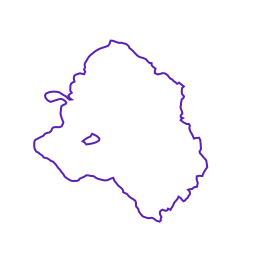 São Pedro, São Paulo, Brazil (Equal Earth projection), rotated 118°
{"feature_id": "56859067B92342364496161", "entity_name": "São Pedro", "entity_type": "district", "adm_level": 2, "iso_a3": "BRA", "parent_name": "Brazil", "parent_adm1": "São Paulo", "projection": "equal_earth", "projection_center": [-47.917, -22.558], "detail": "fine", "context": "isolated", "style": "outline", "palette": "violet", "viewbox_px": 256, "rotation_deg": 118, "n_neighbors": 0, "source": "geoboundaries", "source_scale": "gbopen_adm2", "svg_char_len": 3534}
<svg xmlns="http://www.w3.org/2000/svg" viewBox="0 0 256 256"><g transform="rotate(118 128 128)"><path d="M73.8,93.4L72.7,96.2L70.6,97.7L67.4,99.0L65.1,98.2L64.6,101.0L64.0,104.3L65.9,105.3L65.3,107.8L65.2,109.8L64.4,111.6L64.5,113.9L63.8,115.8L62.7,118.1L62.5,121.2L63.5,123.5L65.0,124.8L66.6,126.7L67.0,130.0L65.3,131.0L62.6,131.6L62.2,134.7L61.5,136.5L59.6,137.7L60.5,139.3L59.8,142.2L58.8,144.6L59.1,147.6L59.8,150.5L59.8,153.4L58.5,157.5L57.6,160.0L57.1,162.0L56.7,164.4L55.5,165.6L54.7,169.0L55.8,173.8L57.1,176.0L57.6,178.8L58.0,182.0L59.0,184.4L60.5,184.2L62.3,183.8L64.6,184.0L67.1,186.2L68.8,187.9L70.0,189.0L71.3,190.2L73.5,191.7L75.3,192.8L76.6,193.4L78.1,194.0L79.7,194.7L81.3,195.4L83.6,196.0L85.7,196.2L87.2,196.2L89.3,196.3L91.1,196.4L92.9,195.8L94.5,194.4L96.9,194.3L98.4,192.2L101.1,192.1L101.8,194.1L102.2,196.1L104.0,197.7L105.5,199.3L107.4,199.9L109.7,199.2L112.2,197.0L113.8,198.3L115.7,199.0L117.4,198.8L119.7,197.7L122.1,196.6L123.3,194.2L125.1,195.2L127.4,195.8L128.9,194.1L129.3,191.2L130.5,192.9L129.9,195.5L129.2,197.7L129.2,200.4L129.0,202.7L128.8,205.3L129.3,207.5L130.1,209.3L130.9,210.9L131.8,212.4L133.3,214.3L136.0,216.5L138.1,216.6L139.8,215.3L140.7,213.4L141.4,211.1L141.2,208.5L139.5,206.8L138.1,205.6L136.8,204.2L135.1,202.6L133.6,200.5L133.4,198.3L133.8,195.8L134.7,194.3L136.2,194.4L138.1,196.0L140.0,197.0L141.9,196.5L143.8,195.6L145.2,195.1L146.7,194.5L148.1,193.5L150.0,191.7L152.0,189.3L153.3,187.7L155.1,187.4L157.8,187.4L159.6,189.1L161.1,192.2L162.4,194.1L164.0,194.7L166.8,194.5L168.9,195.3L169.9,196.7L171.8,198.5L174.8,199.2L177.9,201.5L179.9,202.8L181.4,203.9L182.9,204.4L184.6,204.0L186.2,203.3L187.7,202.4L189.2,201.6L190.4,200.2L191.9,198.1L191.8,195.6L192.3,193.6L192.5,191.0L193.6,188.6L192.8,185.6L192.7,183.5L193.2,181.0L192.9,178.3L194.2,174.5L195.3,172.4L196.1,170.7L196.8,168.5L197.9,166.5L199.1,163.5L200.7,160.9L201.1,158.2L201.3,155.1L201.1,152.7L199.7,150.1L198.6,148.2L197.3,147.1L195.3,146.8L193.2,145.1L191.3,143.6L189.3,142.6L188.3,140.3L187.7,138.1L186.7,135.9L187.0,133.0L187.0,130.8L186.5,128.9L186.1,126.9L185.2,124.0L183.9,121.8L181.2,119.8L178.9,117.6L181.0,115.2L182.1,112.5L183.4,109.7L183.9,107.2L184.4,104.7L185.4,103.1L187.0,102.0L186.8,100.0L186.8,97.6L187.8,95.5L188.4,92.4L188.4,90.2L188.8,87.4L190.5,85.6L192.0,85.1L193.5,83.9L194.6,81.0L196.3,79.5L197.4,77.8L199.1,73.5L198.7,70.2L198.1,67.7L196.1,64.8L195.9,62.8L196.5,59.6L195.9,56.2L194.2,55.6L193.0,56.5L190.9,56.7L189.1,59.3L187.0,60.5L185.4,60.1L183.9,59.2L183.5,55.9L182.1,54.6L180.4,54.8L180.3,52.0L178.7,52.1L176.1,51.8L172.2,52.1L169.2,51.4L167.2,51.0L164.9,51.2L165.1,48.6L166.1,46.4L166.6,44.6L165.1,43.5L163.7,43.5L161.8,42.6L159.3,42.6L157.8,42.2L156.4,42.7L154.9,44.1L154.3,45.9L153.1,44.8L151.8,42.8L149.2,41.7L147.4,39.4L145.3,40.2L143.8,40.5L142.2,42.3L140.3,43.8L138.4,44.6L136.8,42.8L135.5,39.8L133.1,40.1L131.3,40.2L128.1,40.0L125.5,39.6L122.5,41.7L119.8,43.8L116.3,52.9L115.1,53.8L113.5,53.6L111.7,54.0L110.3,55.0L108.2,56.2L106.3,57.5L104.9,58.4L103.2,60.6L104.9,63.3L106.4,64.8L104.8,66.8L103.4,68.6L101.8,71.3L99.4,73.8L96.8,74.5L95.9,76.2L96.9,78.1L97.0,81.2L96.4,85.2L94.9,85.1L93.5,84.2L93.5,86.6L92.0,87.4L89.6,86.8L87.7,88.6L86.0,90.6L84.4,91.7L82.6,92.1L81.2,92.9L79.0,93.5L77.5,94.0L75.7,93.1L73.8,93.4ZM155.9,159.3L153.2,157.2L150.0,157.0L149.8,154.2L149.8,151.7L150.7,148.4L152.4,147.7L154.0,148.4L155.4,149.4L156.7,150.5L158.3,152.2L160.2,154.5L162.1,157.1L161.1,159.6L161.1,161.8L158.0,160.5L155.9,159.3Z" fill="none" stroke="#5b21b6" stroke-width="2"/></g></svg>